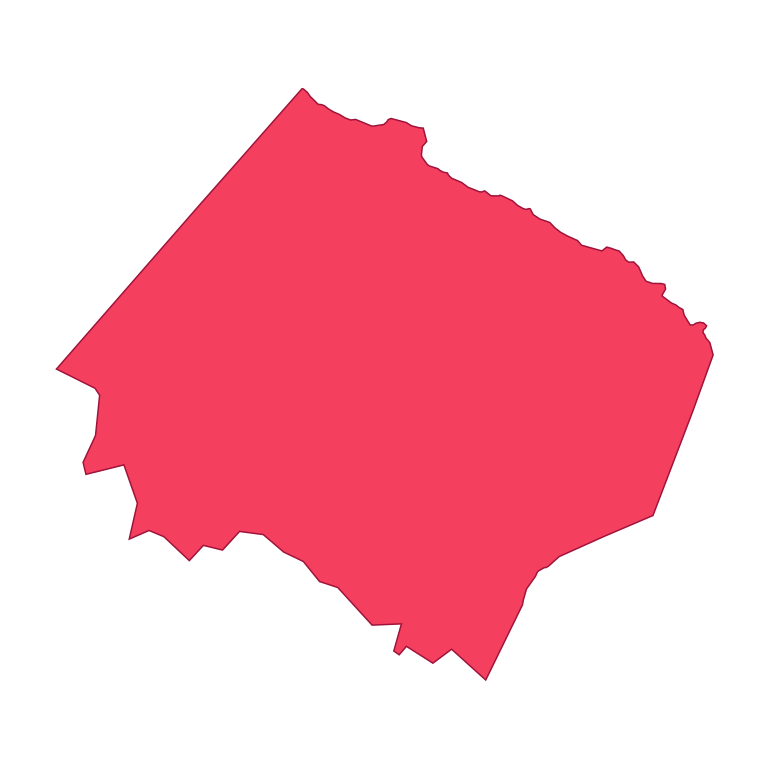 Pendleton, West Virginia, United States of America (Robinson projection), rotated 272°
{"feature_id": "52423323B58976878899916", "entity_name": "Pendleton", "entity_type": "district", "adm_level": 2, "iso_a3": "USA", "parent_name": "United States of America", "parent_adm1": "West Virginia", "projection": "robinson", "projection_center": [-79.275, 38.685], "detail": "fine", "context": "isolated", "style": "filled", "palette": "rose", "viewbox_px": 768, "rotation_deg": 272, "n_neighbors": 0, "source": "geoboundaries", "source_scale": "gbopen_adm2", "svg_char_len": 2048}
<svg xmlns="http://www.w3.org/2000/svg" viewBox="0 0 768 768"><g transform="rotate(272 384 384)"><path d="M91.7,496.0L168.1,530.1L173.5,530.9L184.2,533.6L196.9,542.0L201.1,543.7L201.9,544.3L202.5,544.8L206.0,550.4L206.2,552.2L207.5,554.5L217.7,565.2L239.1,608.7L262.0,657.4L367.1,693.4L424.5,711.9L436.5,708.3L438.8,706.4L440.8,704.4L444.7,702.6L446.0,701.2L448.0,701.0L449.6,701.5L450.8,703.1L453.4,704.4L456.2,701.2L456.7,697.1L456.1,695.6L455.8,693.9L453.9,691.1L453.7,688.9L453.6,688.2L454.2,687.6L461.8,682.5L464.2,681.3L468.8,680.1L470.9,676.0L472.8,673.6L473.3,672.6L475.0,668.4L481.6,658.9L483.0,659.1L488.7,662.1L493.3,661.1L494.1,657.6L493.9,648.9L495.9,642.2L501.4,638.4L504.2,637.2L510.1,634.3L511.4,632.8L514.7,629.3L514.3,624.2L516.6,621.1L520.4,618.9L525.0,614.5L525.5,612.9L525.9,611.3L527.7,605.8L527.7,605.5L528.6,601.8L524.6,597.1L529.6,576.5L534.0,572.6L538.4,561.9L541.9,555.0L546.3,549.0L551.2,544.1L554.3,534.0L558.5,527.2L560.2,526.3L560.6,526.0L564.1,524.1L564.4,522.8L563.4,519.9L564.2,516.9L567.0,511.5L567.7,510.6L571.5,506.1L576.3,495.0L576.7,493.1L576.0,492.4L575.8,484.3L580.5,478.0L579.3,474.7L579.5,472.3L583.6,461.0L587.8,455.0L588.0,454.8L592.0,444.4L595.0,441.1L597.1,440.1L597.6,436.9L598.2,434.8L599.1,433.3L599.1,432.8L601.0,430.5L603.5,421.8L604.8,419.7L612.2,413.9L614.2,413.4L622.7,414.0L627.9,418.2L641.1,414.3L641.3,410.3L643.0,402.5L646.1,397.1L649.6,381.8L648.4,379.0L645.9,377.5L643.3,374.6L641.8,366.6L641.5,365.4L641.3,362.8L647.4,346.4L646.7,341.4L648.5,336.0L651.9,329.9L654.2,323.9L657.2,318.5L659.9,315.0L661.0,312.0L661.2,308.5L668.8,300.2L672.6,297.4L676.0,293.2L676.3,291.8L600.2,229.4L557.2,194.0L387.5,56.1L369.6,95.4L362.8,100.2L322.5,97.5L295.2,86.0L283.3,89.3L294.1,126.9L256.2,141.7L220.1,134.8L229.4,154.3L223.7,169.4L200.7,195.6L216.4,209.1L212.4,228.4L231.6,244.8L229.3,268.6L212.5,289.7L203.8,309.6L184.3,326.5L179.0,344.9L142.6,380.5L144.9,409.8L117.5,403.1L113.9,408.6L122.6,415.6L106.7,442.6L121.3,460.8L91.7,496.0Z" fill="#f43f5e" stroke="#9f1239" stroke-width="1.5"/></g></svg>